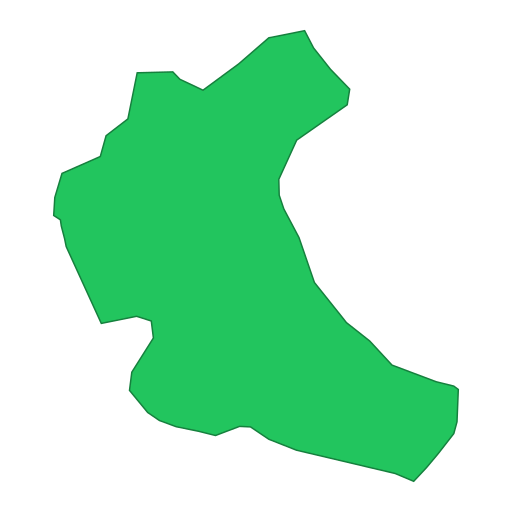 Opobo/Nkoro, Nigeria (Robinson projection)
{"feature_id": "59680162B46802984315739", "entity_name": "Opobo/Nkoro", "entity_type": "district", "adm_level": 2, "iso_a3": "NGA", "parent_name": "Nigeria", "parent_adm1": "", "projection": "robinson", "projection_center": [7.512, 4.533], "detail": "fine", "context": "isolated", "style": "filled", "palette": "green", "viewbox_px": 512, "rotation_deg": 0, "n_neighbors": 0, "source": "geoboundaries", "source_scale": "gbopen_adm2", "svg_char_len": 799}
<svg xmlns="http://www.w3.org/2000/svg" viewBox="0 0 512 512"><path d="M458.3,389.5L453.8,386.1L436.0,381.7L392.0,365.1L369.7,341.0L346.4,322.6L341.6,316.5L334.7,307.9L314.4,282.5L299.0,237.6L283.8,208.9L279.2,195.2L278.8,179.3L296.7,140.1L347.2,104.8L349.7,89.2L330.4,69.2L313.6,48.0L304.6,30.7L268.8,37.8L238.7,63.9L203.0,90.2L179.9,79.3L172.8,71.9L137.2,72.8L127.9,118.9L106.1,135.7L100.3,156.5L62.0,173.4L54.8,197.5L53.7,215.5L60.4,219.8L61.3,226.0L64.6,238.7L66.2,246.6L101.3,323.4L136.6,316.3L151.3,321.0L153.4,338.0L131.8,372.2L129.5,390.4L147.7,412.5L159.4,420.5L176.2,426.7L198.7,431.3L215.5,435.5L239.5,426.4L250.5,426.9L268.9,439.3L296.5,450.2L395.2,473.5L413.7,481.3L426.5,467.6L438.3,453.5L453.8,433.6L457.0,421.8L458.3,389.5Z" fill="#22c55e" stroke="#15803d" stroke-width="1.5"/></svg>